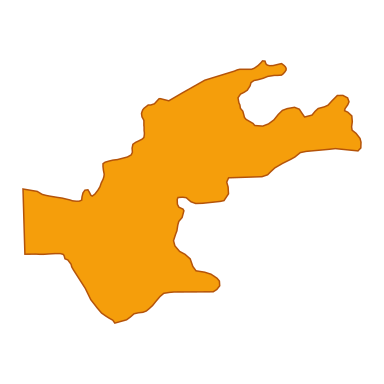 the district of Kapit, Sarawak, Malaysia
{"feature_id": "92858781B45914425263200", "entity_name": "Kapit", "entity_type": "district", "adm_level": 2, "iso_a3": "MYS", "parent_name": "Malaysia", "parent_adm1": "Sarawak", "projection": "albers", "projection_center": [113.189, 2.18], "detail": "fine", "context": "isolated", "style": "filled", "palette": "amber", "viewbox_px": 384, "rotation_deg": 0, "n_neighbors": 0, "source": "geoboundaries", "source_scale": "gbopen_adm2", "svg_char_len": 2820}
<svg xmlns="http://www.w3.org/2000/svg" viewBox="0 0 384 384"><path d="M114.8,323.1L126.6,319.8L130.5,316.9L134.0,313.8L138.3,312.8L142.9,312.3L146.3,311.0L149.0,308.8L152.6,305.5L155.7,301.6L160.0,296.5L163.8,293.3L169.5,292.4L173.9,292.0L213.2,291.8L216.8,289.5L219.7,285.8L219.4,281.1L217.1,278.3L211.0,274.2L204.7,272.2L196.0,270.8L192.8,266.4L190.2,258.9L185.0,254.3L179.6,251.4L174.9,245.9L173.5,240.7L175.6,234.2L176.9,230.8L177.8,225.0L178.8,221.4L182.1,217.5L183.9,210.8L183.0,209.1L178.9,207.2L177.4,204.3L177.2,199.5L178.0,197.5L182.6,197.2L186.3,197.7L188.5,199.7L191.0,201.8L195.7,203.5L202.4,203.3L220.4,201.4L224.0,200.6L228.5,193.8L228.1,187.0L226.7,182.1L228.6,177.8L262.0,176.7L267.6,174.8L270.6,171.8L274.8,167.9L282.5,163.4L290.8,159.3L294.9,157.0L300.3,152.6L306.1,151.4L329.1,149.3L335.4,148.6L343.1,149.4L358.0,150.9L359.2,149.6L360.8,148.0L361.0,142.2L360.0,138.4L356.1,133.4L352.1,130.2L351.6,126.9L352.3,121.6L351.8,115.9L347.8,112.2L344.6,110.7L345.0,108.7L347.8,104.7L349.0,101.8L347.6,97.9L342.9,95.4L337.3,95.5L332.0,100.8L328.0,105.2L324.5,106.8L318.2,108.5L315.2,111.2L312.0,115.1L304.6,117.0L302.2,113.6L299.3,109.2L294.5,107.3L287.2,108.6L282.4,110.4L278.3,114.4L273.9,119.9L268.5,123.9L262.7,126.1L254.7,125.5L253.1,123.5L246.1,119.4L244.5,117.5L243.6,114.1L242.8,111.2L240.4,108.3L239.9,105.0L238.9,102.8L238.0,97.8L240.5,94.1L244.1,92.3L247.3,90.2L250.1,85.8L251.0,82.6L254.0,80.5L257.7,79.8L263.1,78.3L267.8,76.4L274.3,75.4L277.4,75.4L281.5,75.1L282.3,74.5L283.1,73.9L284.8,72.0L286.1,70.0L286.1,68.3L285.4,66.9L284.2,65.6L281.6,63.6L279.6,64.0L273.0,65.6L269.5,65.7L267.3,65.1L265.9,63.8L265.0,61.1L262.5,60.9L260.7,63.0L258.0,65.6L254.3,68.2L251.5,69.3L246.8,69.3L239.7,69.3L237.2,69.9L234.4,71.1L204.8,80.2L182.5,92.8L168.8,100.8L160.6,98.7L159.1,98.7L157.4,100.5L154.4,103.8L150.7,105.0L148.2,105.0L144.0,108.3L142.8,109.8L142.1,111.5L141.5,113.5L142.0,116.9L142.9,118.5L143.9,120.5L143.9,123.3L143.9,125.4L144.1,127.1L144.1,130.5L144.4,133.0L144.3,135.0L143.9,137.5L142.2,139.1L138.5,141.0L135.7,142.3L132.9,144.3L132.1,148.1L132.4,152.3L131.2,154.9L127.4,157.0L117.4,159.6L113.0,160.1L109.2,161.0L105.1,162.2L103.0,163.7L103.0,166.6L103.4,170.1L104.2,174.2L103.9,176.6L103.1,179.2L101.2,183.1L100.0,186.7L97.9,190.2L94.8,194.2L92.2,196.1L90.8,195.2L89.4,192.3L87.9,189.8L84.9,190.2L83.0,192.9L82.0,196.9L81.7,200.1L79.2,201.2L76.1,201.2L72.4,200.8L70.1,200.0L66.3,199.1L62.2,198.1L57.4,197.4L53.2,196.7L49.6,196.1L46.0,195.4L42.2,194.4L37.2,191.4L23.0,189.0L24.9,254.2L36.1,254.1L39.6,254.3L43.7,254.3L49.5,253.9L54.9,253.6L60.4,253.6L63.0,254.3L64.0,255.4L65.0,258.8L67.8,259.9L71.1,264.3L71.7,266.8L73.2,269.5L85.3,288.4L90.8,299.7L94.1,303.9L97.1,307.8L101.5,313.0L105.6,315.9L108.9,318.0L112.8,320.2L114.8,323.1Z" fill="#f59e0b" stroke="#b45309" stroke-width="1.5"/></svg>